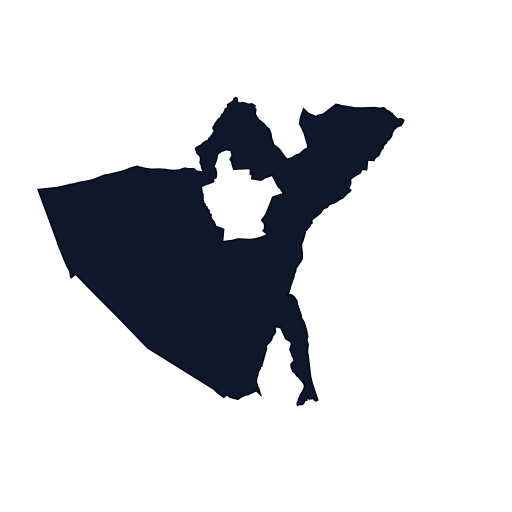 the district of Babati, Manyara, United Republic of Tanzania, rotated 161°
{"feature_id": "72390352B12207219772126", "entity_name": "Babati", "entity_type": "district", "adm_level": 2, "iso_a3": "TZA", "parent_name": "United Republic of Tanzania", "parent_adm1": "Manyara", "projection": "albers", "projection_center": [35.708, -4.024], "detail": "fine", "context": "isolated", "style": "filled", "palette": "ink", "viewbox_px": 512, "rotation_deg": 161, "n_neighbors": 0, "source": "geoboundaries", "source_scale": "gbopen_adm2", "svg_char_len": 6125}
<svg xmlns="http://www.w3.org/2000/svg" viewBox="0 0 512 512"><g transform="rotate(161 256 256)"><path d="M232.4,169.5L232.2,178.1L233.0,181.6L233.0,183.9L232.4,185.7L232.9,187.3L232.4,188.3L232.9,189.4L232.5,191.9L232.8,192.9L232.6,195.0L232.9,196.4L232.3,197.6L232.5,198.5L232.0,199.3L232.0,200.0L233.1,204.6L234.7,207.2L237.0,209.0L238.8,209.0L235.5,212.5L232.9,216.6L227.0,223.9L225.6,226.6L223.8,228.2L222.7,230.5L221.7,231.7L218.4,234.3L215.5,236.2L213.3,238.4L211.7,242.3L209.6,251.2L208.6,253.2L206.7,255.1L203.8,259.2L202.0,261.8L201.8,262.7L201.0,263.6L200.0,263.9L198.3,265.2L195.2,266.8L194.1,268.2L192.2,269.0L191.8,271.2L190.5,272.5L186.4,273.6L181.5,275.5L180.0,276.3L178.3,277.9L175.7,279.0L173.1,278.8L170.2,280.6L167.5,280.9L165.4,280.7L161.4,281.4L158.5,282.3L155.3,282.5L149.1,285.7L146.6,286.2L145.0,287.3L145.3,288.0L146.5,288.8L146.6,289.2L143.1,293.4L142.4,294.8L142.3,296.2L141.1,298.3L134.5,299.9L131.0,300.4L130.1,300.8L128.4,303.1L126.1,302.8L123.5,301.6L123.1,301.9L119.3,310.4L113.3,307.9L112.6,309.3L111.9,309.3L110.8,310.6L109.6,310.3L108.5,310.8L107.4,310.9L106.5,312.3L106.0,312.2L105.7,313.1L105.2,313.2L105.1,313.7L103.7,314.9L103.7,315.4L101.6,316.3L101.4,316.2L101.1,316.7L100.7,316.8L100.0,318.1L98.7,319.2L98.8,319.6L98.6,319.8L97.5,319.8L96.1,320.4L94.5,322.2L93.8,322.3L93.4,322.8L92.2,322.9L91.5,323.8L90.7,323.7L90.2,324.3L89.6,324.4L88.0,326.3L87.4,327.8L84.5,330.5L79.9,332.4L77.8,332.3L77.3,332.5L76.7,332.1L75.9,332.4L75.7,332.9L75.0,333.2L74.8,333.7L74.2,333.8L71.8,336.3L71.6,336.2L72.6,336.7L73.6,338.4L75.7,339.0L77.1,339.0L78.2,339.8L78.8,341.6L80.5,344.8L80.7,346.2L82.2,347.8L83.1,349.7L84.6,350.4L84.8,351.1L85.6,352.0L86.1,353.7L86.7,354.4L87.4,354.8L90.7,355.2L95.5,357.7L107.8,361.5L114.6,363.9L121.3,367.8L126.5,370.3L127.8,371.5L131.0,373.4L146.2,368.2L151.4,368.8L152.5,368.6L153.2,368.2L154.3,368.7L159.2,372.9L160.4,374.4L163.1,379.7L168.3,373.1L171.8,366.8L171.0,362.6L170.4,356.3L171.0,346.6L170.9,345.5L171.6,341.6L173.2,341.0L175.4,340.9L180.9,338.5L183.0,338.0L184.3,338.4L185.4,338.3L187.6,337.9L189.5,337.2L195.3,337.3L196.8,341.3L198.8,348.3L199.8,350.6L202.8,354.8L203.1,355.9L202.9,359.3L203.1,362.8L202.2,366.0L202.1,367.6L202.4,371.9L204.2,374.7L205.6,378.7L206.1,379.0L206.5,380.1L207.2,380.8L208.0,382.8L209.4,384.0L209.4,386.0L209.8,386.1L210.3,386.8L210.1,387.2L210.4,387.3L210.4,388.1L210.1,388.3L210.6,390.5L208.6,394.2L208.5,395.1L209.1,396.2L209.0,397.0L208.0,398.3L210.3,401.2L214.1,402.0L215.5,403.3L218.8,405.5L222.0,405.6L221.9,406.0L223.0,406.8L223.4,408.2L222.5,411.2L223.7,412.4L225.1,411.9L225.6,412.0L226.1,411.0L227.3,409.9L233.7,408.3L234.1,406.2L234.7,405.4L237.3,405.0L237.9,403.9L239.5,402.3L241.1,401.0L242.1,401.0L244.3,398.4L247.0,397.6L248.4,396.8L249.2,395.9L250.6,395.2L252.3,393.5L254.3,392.1L255.2,390.2L254.3,389.3L254.7,387.9L257.2,385.4L259.6,383.9L260.5,382.7L262.2,382.6L263.8,380.7L265.7,380.9L266.8,380.7L269.4,380.0L271.9,378.8L277.0,378.0L278.2,377.3L278.3,372.3L277.3,370.8L276.5,368.6L276.4,367.5L277.3,364.4L278.5,362.6L278.1,360.0L278.5,357.4L278.5,352.2L279.5,353.0L281.2,353.7L284.6,355.6L285.9,358.2L287.0,359.0L291.6,360.4L294.2,362.1L297.2,362.4L300.4,362.2L306.6,363.9L310.3,365.5L313.5,367.3L319.5,369.8L326.4,371.9L332.2,374.8L339.0,379.2L339.0,379.5L346.8,380.0L348.9,379.7L355.3,379.7L368.0,380.9L372.7,381.8L385.7,381.2L389.9,381.6L397.5,382.9L407.3,383.7L408.6,384.4L410.6,384.2L421.9,385.5L440.4,389.8L439.2,333.1L439.4,333.0L439.3,328.9L438.1,308.6L437.2,303.7L437.3,299.7L438.1,297.2L437.9,295.7L432.6,297.4L432.3,297.3L424.0,279.4L406.8,243.9L388.4,204.4L339.1,143.7L336.8,139.0L332.6,132.9L330.8,133.7L328.6,133.8L327.0,131.9L326.8,131.1L319.7,126.4L316.9,127.3L313.4,127.8L309.6,128.1L309.5,127.5L299.6,128.5L296.9,123.4L296.6,129.8L297.0,131.9L296.7,133.4L296.8,135.7L296.4,137.8L293.9,142.3L293.2,142.7L291.4,146.0L288.5,148.2L288.1,149.3L287.6,150.1L286.5,149.8L285.9,151.1L276.1,165.1L276.2,167.1L275.1,168.1L268.9,171.5L266.2,174.9L264.1,176.2L262.5,177.5L261.5,180.8L261.5,182.2L261.0,182.6L260.3,182.2L259.6,182.7L259.1,182.8L258.1,181.1L256.4,180.7L256.0,180.3L254.8,168.3L254.3,167.3L251.6,164.4L250.9,162.5L251.7,160.1L253.2,158.5L254.4,156.5L254.2,153.6L254.3,149.8L253.8,147.8L254.1,144.5L254.4,143.9L256.6,143.3L257.7,142.6L258.6,141.3L258.8,139.6L258.8,134.9L257.4,133.1L256.8,131.3L256.6,129.6L255.1,127.8L254.6,125.6L253.4,123.3L252.6,120.7L252.2,118.3L253.1,116.0L254.0,114.8L255.8,113.0L258.6,110.8L262.3,106.8L263.0,105.5L264.8,103.7L265.3,102.5L265.4,101.5L265.3,101.2L263.7,101.6L261.1,100.7L259.7,100.8L258.6,101.5L256.6,103.4L254.7,103.3L254.7,104.3L253.9,105.1L252.9,104.1L252.3,104.2L251.9,103.1L250.8,103.9L249.8,102.8L249.0,103.3L248.4,102.5L247.9,103.2L247.5,100.5L246.9,99.6L244.5,99.7L244.3,117.4L243.6,124.5L239.1,144.9L238.7,148.0L237.5,151.4L235.5,155.1L235.3,160.3L233.6,162.5L233.3,163.5L232.4,169.5ZM245.3,272.0L252.3,272.6L256.6,273.6L267.5,278.0L273.5,278.4L279.5,279.7L283.1,280.2L277.9,291.7L281.7,295.1L284.3,296.9L284.6,302.0L286.1,305.9L285.8,306.9L286.0,308.1L285.1,309.4L285.0,309.9L285.9,310.5L285.9,311.2L286.6,312.6L286.2,313.5L285.4,313.7L285.5,314.2L286.4,315.6L286.6,316.9L286.5,318.5L287.8,319.7L287.3,321.3L288.0,323.0L288.0,324.6L287.6,325.7L287.9,326.6L287.1,328.0L287.0,329.5L286.4,330.4L286.1,332.0L286.3,334.0L285.4,337.4L285.4,338.0L286.0,339.8L283.2,339.5L279.8,340.1L277.9,339.8L272.2,340.0L271.8,340.2L271.4,342.1L271.0,342.8L268.3,343.1L266.6,346.5L266.2,348.7L265.8,351.9L266.6,353.4L266.4,354.6L261.9,360.1L259.8,363.8L259.2,364.5L257.0,365.8L256.2,365.6L255.6,366.1L254.6,366.3L248.7,366.1L247.4,365.1L246.2,364.6L245.4,363.6L245.6,360.0L246.2,358.2L248.8,356.1L249.1,355.5L248.9,354.5L248.1,353.6L248.7,350.7L248.9,345.3L235.1,341.3L232.8,340.2L234.8,335.2L234.1,334.4L232.2,334.4L234.9,330.8L234.9,330.5L226.6,326.1L221.9,327.0L214.3,327.1L212.5,314.5L210.6,311.0L210.8,309.4L209.7,308.3L210.0,306.9L209.2,306.7L208.7,306.0L221.0,306.2L233.2,292.0L238.9,288.0L237.7,284.7L237.7,282.3L239.0,279.3L239.6,278.6L241.1,277.6L238.9,274.0L238.3,272.4L245.3,272.0Z" fill="#0f172a" stroke="#020617" stroke-width="1.5"/></g></svg>